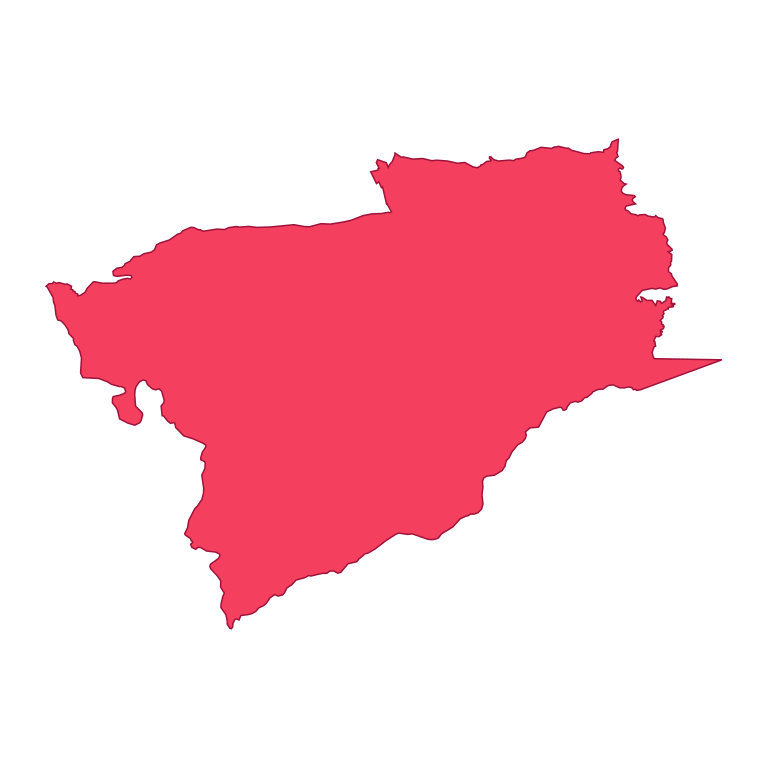 Zapotitlán de Vadillo, Jalisco, Mexico
{"feature_id": "50627088B48425886869278", "entity_name": "Zapotitlán de Vadillo", "entity_type": "district", "adm_level": 2, "iso_a3": "MEX", "parent_name": "Mexico", "parent_adm1": "Jalisco", "projection": "orthographic", "projection_center": [-103.756, 19.503], "detail": "fine", "context": "isolated", "style": "filled", "palette": "rose", "viewbox_px": 768, "rotation_deg": 0, "n_neighbors": 0, "source": "geoboundaries", "source_scale": "gbopen_adm2", "svg_char_len": 6092}
<svg xmlns="http://www.w3.org/2000/svg" viewBox="0 0 768 768"><path d="M721.9,359.8L654.3,358.7L653.3,357.1L652.1,352.5L654.0,346.9L655.6,346.1L654.8,341.4L653.9,341.4L654.1,340.2L655.8,336.4L658.8,336.7L661.6,334.7L660.5,333.6L662.3,331.8L661.9,331.2L660.8,331.5L660.2,330.2L663.1,328.9L663.9,327.5L664.0,326.1L663.1,325.9L663.1,324.7L661.7,324.2L661.6,321.8L660.1,320.5L662.9,317.7L663.2,316.7L662.5,315.5L664.0,313.7L663.3,312.0L663.9,310.8L666.4,309.8L667.9,308.4L668.3,308.7L668.4,307.4L673.0,306.8L673.5,306.1L671.9,305.2L674.8,304.1L674.7,303.5L671.3,303.4L671.7,298.6L670.2,298.5L669.2,297.1L668.2,296.9L667.9,297.8L666.6,297.1L665.8,300.5L662.2,303.1L661.2,303.1L660.6,301.4L657.3,300.8L655.7,305.6L652.0,300.3L647.1,300.5L642.6,297.5L640.8,297.0L642.2,300.9L640.7,301.9L638.8,300.0L637.7,301.4L636.1,299.7L636.0,298.5L636.5,296.7L642.3,290.4L651.9,288.4L655.7,289.1L660.0,287.9L663.8,289.3L666.6,289.1L672.6,286.6L677.3,285.9L677.1,283.6L671.8,275.7L671.5,273.9L668.5,271.6L668.6,267.7L670.8,264.9L670.5,262.3L671.5,261.3L671.8,254.5L668.2,251.7L670.6,251.2L672.2,250.1L672.0,249.2L667.2,244.4L666.7,242.0L667.8,240.1L667.5,239.1L666.4,237.2L663.7,235.1L663.1,233.7L664.3,232.7L665.4,228.1L663.3,222.2L663.0,219.4L662.1,218.5L658.2,217.8L655.7,215.6L654.8,216.8L653.5,216.9L648.2,216.1L645.1,214.5L639.6,214.9L637.7,215.7L635.9,214.7L631.2,213.9L627.7,210.6L625.7,210.0L625.0,208.7L625.3,207.2L626.7,205.9L635.6,203.9L632.9,201.7L632.4,199.9L632.6,198.6L635.3,196.8L634.1,195.5L626.4,194.8L623.4,193.6L621.3,191.5L621.7,188.2L623.3,186.1L626.2,184.1L623.8,183.4L620.2,180.0L621.0,177.7L620.9,175.1L619.9,171.6L618.3,170.8L618.5,169.1L619.9,168.1L621.8,169.1L622.9,168.7L623.5,167.4L622.6,165.9L614.6,160.3L616.0,158.0L618.1,156.5L616.6,152.5L617.5,151.6L618.3,139.2L612.2,141.8L610.6,144.9L610.6,146.5L607.7,148.8L603.9,149.7L603.4,152.3L598.2,151.7L590.8,152.8L589.8,153.8L583.7,153.5L571.4,150.2L568.4,148.1L566.1,148.2L558.6,146.3L555.8,147.1L554.8,146.8L551.6,148.4L541.1,147.3L533.5,150.3L529.7,150.9L527.1,152.8L525.2,156.9L523.2,158.0L515.7,159.2L513.8,160.6L509.4,160.1L498.5,161.0L493.8,159.7L490.8,156.8L489.5,156.9L489.5,158.4L491.0,160.2L490.8,161.0L486.7,161.4L483.0,164.3L480.8,165.0L480.6,166.0L477.1,167.7L473.0,166.9L464.9,162.5L457.4,163.2L447.4,161.0L436.6,160.2L431.7,160.7L422.8,158.5L412.9,159.1L403.0,156.9L401.3,157.2L395.0,153.1L395.0,154.7L392.3,161.5L389.3,164.9L388.2,167.5L386.3,162.7L377.6,159.7L376.3,162.6L379.2,168.4L378.0,168.8L378.0,170.1L370.7,171.8L376.5,183.6L378.8,181.9L381.5,187.7L382.6,187.0L386.5,203.9L386.9,203.6L391.5,211.9L390.0,212.7L388.5,212.3L381.4,213.5L371.9,213.9L363.1,215.6L350.8,220.4L342.3,222.2L330.3,224.1L320.9,223.7L309.7,226.7L304.6,226.6L293.9,224.7L270.0,227.0L256.8,227.4L248.9,226.4L239.4,227.1L236.5,226.5L228.8,227.6L224.6,229.5L216.8,229.1L204.0,231.1L202.2,231.0L200.2,229.6L198.6,229.8L193.7,227.5L190.8,227.3L182.5,230.9L181.1,233.0L177.4,234.3L169.3,240.0L160.0,243.0L156.5,244.9L154.5,249.8L151.4,252.0L143.8,253.8L139.8,256.2L133.8,256.6L129.8,261.4L125.0,263.8L124.2,265.6L122.1,267.3L116.9,268.2L112.9,271.3L113.5,275.5L117.2,276.4L126.3,275.2L130.2,275.5L131.4,275.8L131.8,277.6L130.3,279.0L127.2,278.3L123.0,279.2L118.2,280.8L116.9,282.3L115.0,283.1L102.3,283.2L94.5,281.7L93.1,282.0L87.2,288.3L85.0,292.4L80.3,295.4L77.7,295.7L77.7,294.0L75.4,293.2L75.0,291.6L72.8,291.0L72.9,289.9L70.9,289.1L71.5,286.2L67.0,283.9L65.4,284.3L59.2,282.6L56.1,283.2L53.7,281.9L52.4,283.6L49.2,283.6L46.1,286.2L47.2,287.0L53.0,297.3L53.6,302.2L54.9,305.5L56.0,315.2L57.7,319.9L61.2,320.9L65.0,325.0L68.1,329.8L68.9,333.6L73.5,338.5L73.4,340.4L74.9,344.7L77.3,346.5L79.8,351.4L81.5,358.0L80.6,373.0L82.8,377.6L98.8,378.5L107.5,381.8L111.2,384.2L119.3,386.6L121.6,386.6L124.7,388.3L125.7,391.9L124.3,393.3L120.1,395.1L113.2,396.6L112.5,398.5L112.4,403.0L115.9,407.1L117.5,410.1L119.6,418.9L127.8,423.1L134.8,425.2L139.7,422.8L141.2,420.3L142.7,414.8L142.1,412.7L135.6,406.2L134.7,394.7L135.1,390.2L135.9,386.9L139.2,382.1L142.8,380.0L144.6,380.2L145.9,380.9L147.5,384.5L152.3,388.8L155.3,389.8L159.2,388.9L161.7,391.3L164.2,400.3L163.7,402.8L161.1,406.0L162.1,415.7L163.6,416.0L167.6,421.0L170.5,423.3L173.4,422.7L174.8,423.2L175.7,427.5L183.8,435.9L193.0,438.8L202.6,443.0L205.9,445.2L205.7,447.1L202.2,452.4L200.8,457.6L200.7,459.7L204.7,461.6L205.2,463.3L204.9,468.5L201.8,475.1L203.7,488.4L203.5,493.2L201.9,499.4L197.4,506.1L194.9,508.5L188.8,520.3L187.5,527.9L184.7,533.6L185.2,534.9L190.5,538.6L191.2,540.7L192.5,541.5L192.8,542.2L190.6,544.3L191.9,547.4L195.9,549.3L197.8,547.4L200.6,547.5L206.5,551.0L215.5,552.1L219.7,554.1L219.8,555.8L218.5,558.4L210.8,564.0L210.1,564.9L209.9,566.8L210.9,569.0L217.3,575.8L220.7,580.9L220.6,587.1L224.3,593.1L222.8,596.4L221.0,604.4L221.0,607.6L225.9,614.7L227.1,620.0L227.3,624.2L229.7,628.1L231.2,628.8L232.7,627.1L232.9,623.4L235.1,619.2L236.8,619.0L239.0,620.0L240.9,615.5L248.1,614.6L252.0,613.6L255.7,611.5L258.8,607.9L263.5,605.7L266.1,603.5L270.1,597.7L274.9,594.5L277.8,596.1L282.7,594.9L284.6,592.6L286.8,588.0L291.9,584.7L296.0,580.1L305.0,577.6L308.5,575.6L311.0,576.0L322.1,573.4L326.8,573.3L329.8,571.1L333.8,571.0L337.8,573.2L340.8,572.3L348.0,563.8L356.8,561.7L358.9,559.0L365.0,553.9L368.4,552.9L375.2,548.9L386.0,540.6L395.4,534.5L398.7,533.1L407.7,534.4L412.3,533.9L428.0,539.3L432.1,539.7L436.2,538.9L438.5,537.9L441.4,533.9L452.9,526.9L460.3,518.7L465.7,516.2L468.2,515.7L470.4,514.1L474.0,514.1L477.9,512.8L481.6,509.0L483.0,503.9L482.0,495.2L482.9,487.2L482.5,481.1L483.9,477.8L486.8,476.1L494.5,475.2L502.2,470.5L505.0,466.2L506.2,460.8L508.9,458.0L512.1,451.7L517.6,444.9L522.4,442.0L525.2,438.7L526.4,435.0L525.3,431.9L530.1,427.9L538.6,427.1L546.7,411.9L553.1,408.9L559.5,407.3L561.6,407.6L563.2,410.2L564.3,410.2L566.4,409.2L567.3,406.7L570.2,402.9L575.0,401.4L578.3,402.1L581.7,400.8L584.7,397.7L587.2,397.2L591.7,393.5L593.0,391.7L598.2,389.4L603.1,389.1L608.2,385.5L613.2,384.9L619.6,387.8L624.1,387.9L628.6,386.9L631.9,387.7L633.4,389.7L635.2,389.3L636.7,390.4L640.7,389.7L721.9,359.8Z" fill="#f43f5e" stroke="#9f1239" stroke-width="1.5"/></svg>